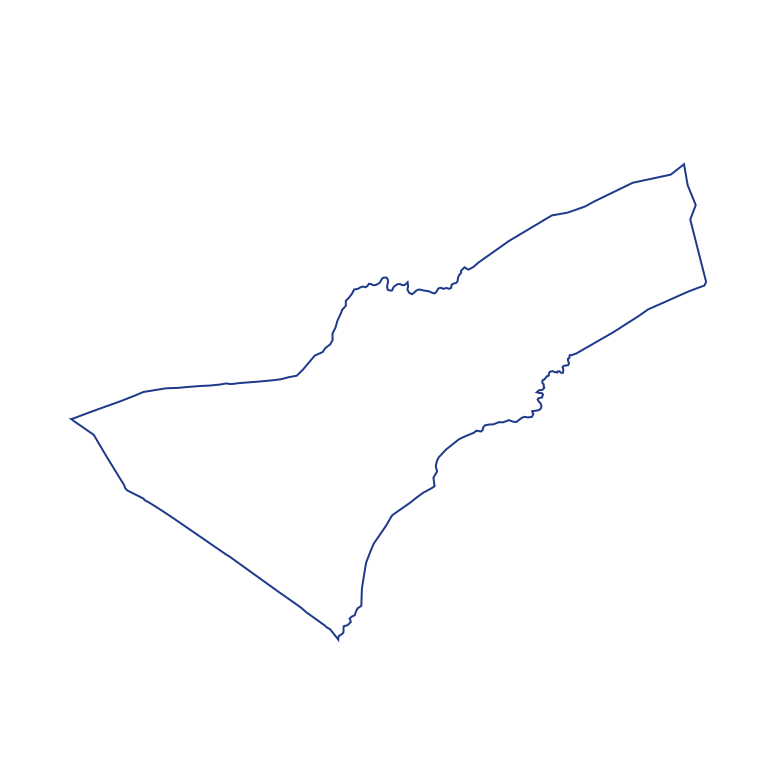 outline of Ad Dinder, Sennar, Sudan, rotated 98°
{"feature_id": "16777658B21408858343438", "entity_name": "Ad Dinder", "entity_type": "district", "adm_level": 2, "iso_a3": "SDN", "parent_name": "Sudan", "parent_adm1": "Sennar", "projection": "robinson", "projection_center": [34.843, 12.697], "detail": "fine", "context": "isolated", "style": "outline", "palette": "blue", "viewbox_px": 768, "rotation_deg": 98, "n_neighbors": 0, "source": "geoboundaries", "source_scale": "gbopen_adm2", "svg_char_len": 5247}
<svg xmlns="http://www.w3.org/2000/svg" viewBox="0 0 768 768"><g transform="rotate(98 384 384)"><path d="M291.6,153.4L283.4,143.8L281.1,141.1L273.4,132.9L255.2,103.7L249.7,94.8L244.8,85.9L241.9,80.4L240.2,79.9L238.1,79.2L192.5,97.9L178.5,103.6L163.4,100.2L144.8,111.0L131.7,115.2L124.6,117.5L136.7,129.1L150.1,165.7L173.8,201.0L180.3,209.7L188.8,226.2L193.7,241.2L196.2,244.4L225.0,280.2L250.4,307.2L255.8,311.9L259.0,316.3L258.1,318.7L257.2,320.5L261.1,323.5L263.2,323.1L266.3,325.0L269.0,325.5L271.7,325.4L273.8,326.5L274.7,328.7L276.1,330.7L277.6,330.9L279.4,330.9L280.7,332.6L280.2,335.4L281.5,338.6L280.8,340.9L281.5,343.0L283.0,344.1L284.7,344.6L286.3,345.6L287.3,346.6L287.0,348.9L286.0,352.3L285.9,354.7L285.9,357.9L285.5,361.6L285.9,363.5L287.2,365.2L289.8,367.3L291.2,368.8L290.0,372.0L287.1,374.0L283.9,373.7L280.0,374.8L282.2,376.4L283.4,378.1L283.5,379.8L282.8,382.1L283.2,384.2L284.1,385.6L286.3,387.8L288.5,388.6L290.2,389.0L290.7,390.3L290.2,393.3L288.8,394.0L286.4,394.5L284.1,394.4L282.4,394.1L279.7,394.9L278.3,396.3L278.6,398.9L279.5,400.3L281.9,401.4L284.5,402.4L286.5,405.1L287.5,407.0L287.5,409.2L286.7,411.0L286.9,412.9L289.3,414.1L290.7,415.7L290.5,418.5L291.0,420.0L293.4,423.1L294.6,426.8L298.9,428.2L299.3,428.4L300.9,429.3L303.7,430.9L307.0,433.4L311.9,432.7L316.2,435.6L316.4,435.8L320.0,436.5L327.6,438.9L334.9,439.9L341.2,442.0L344.6,441.5L347.6,441.0L352.1,442.7L356.7,447.2L360.9,449.2L365.5,456.5L380.9,466.2L387.9,471.5L390.5,479.2L393.7,486.9L395.9,495.1L398.9,507.8L399.5,510.5L403.4,528.2L404.8,533.0L405.4,535.8L405.4,540.3L407.5,546.8L408.7,551.8L409.9,556.8L411.5,565.5L411.8,566.8L414.5,579.0L416.6,587.9L417.5,593.2L418.7,599.6L425.0,619.9L425.3,621.0L429.9,628.7L437.7,642.5L440.4,647.6L448.4,662.9L457.4,679.6L460.1,684.5L461.9,687.9L462.0,688.0L462.1,688.4L462.2,688.8L463.8,686.1L474.7,664.4L495.0,648.2L520.5,627.1L522.8,626.1L525.1,623.5L531.0,606.1L532.2,605.1L533.8,600.8L537.0,593.5L541.7,583.3L544.7,577.0L559.6,547.1L568.6,529.1L575.4,515.5L575.8,514.1L604.5,459.5L616.9,435.2L621.2,428.7L621.7,427.5L629.0,413.6L631.4,409.0L633.0,406.8L634.3,403.3L640.0,397.3L641.6,395.6L643.4,393.8L642.0,394.0L641.9,394.0L641.7,393.9L640.0,393.5L639.9,393.5L639.6,393.4L639.4,393.2L639.1,392.8L638.9,392.6L638.4,391.9L638.0,391.4L637.8,391.1L637.7,391.0L637.6,390.9L637.3,390.6L637.1,390.5L636.4,390.0L636.2,389.9L635.9,389.7L635.6,389.6L634.9,389.7L634.7,389.7L633.6,389.8L632.3,390.0L632.2,390.0L631.7,390.1L631.2,390.1L630.6,390.1L629.9,390.2L629.5,390.2L629.3,389.8L628.1,386.9L626.6,385.5L624.6,384.0L624.5,383.9L624.4,383.8L623.0,384.3L622.4,384.5L621.1,385.4L618.8,383.5L617.0,380.8L612.3,379.9L609.7,378.8L606.9,375.6L589.6,377.4L572.0,377.1L563.1,376.8L548.7,373.4L543.2,371.8L524.2,362.3L512.9,357.7L510.3,354.9L508.6,353.1L508.1,352.6L503.6,347.7L497.9,341.6L491.6,335.6L486.3,330.1L486.0,329.8L484.5,327.7L480.6,322.4L479.5,321.1L478.6,320.1L478.4,319.8L478.2,319.7L477.7,319.8L477.1,320.0L474.7,320.7L474.3,320.8L473.5,321.0L471.9,321.4L470.6,321.8L470.3,321.9L469.9,322.0L469.7,321.9L469.4,321.8L469.3,321.7L468.8,321.5L466.9,320.8L466.5,320.6L466.3,320.5L466.2,320.5L465.1,320.0L464.7,319.8L464.0,319.6L463.4,319.3L463.2,319.3L462.7,319.5L458.2,321.3L457.1,321.2L456.7,321.2L453.0,320.9L449.9,319.9L448.8,319.5L440.2,313.4L428.3,302.1L425.6,298.1L424.2,295.8L422.8,293.4L421.2,290.7L420.0,288.6L419.8,288.2L419.7,288.1L419.5,287.9L419.4,287.8L419.2,287.6L418.8,287.3L418.5,287.1L418.3,286.9L418.0,286.6L417.7,286.4L417.4,286.2L417.5,281.2L415.9,279.9L413.4,279.8L410.9,278.3L410.4,276.9L409.4,273.9L408.8,270.2L405.8,264.9L405.4,260.8L403.3,256.9L402.4,255.3L403.4,250.7L403.2,247.7L400.8,245.3L398.4,243.0L396.9,240.1L397.1,237.0L396.0,233.0L393.0,231.9L391.4,233.1L390.2,233.4L389.6,230.8L388.5,227.5L387.3,225.8L385.7,225.1L383.5,225.1L381.3,226.4L379.3,228.8L377.9,229.7L376.9,229.2L375.8,227.1L375.3,225.5L373.9,225.5L372.5,225.0L371.1,226.2L371.3,229.1L370.9,231.5L370.8,231.4L370.7,231.4L369.0,229.9L368.9,229.8L368.7,229.7L368.6,229.3L368.3,228.3L368.1,227.6L367.7,226.4L367.6,226.2L367.3,226.0L366.1,225.3L365.9,225.2L365.5,225.0L365.5,224.9L365.4,224.9L365.2,224.8L364.9,224.9L364.7,225.1L364.4,225.3L364.2,225.4L364.0,225.5L363.8,225.7L363.7,225.7L363.3,225.7L363.0,225.7L362.9,225.7L362.7,225.7L362.2,225.8L361.9,226.2L361.5,226.6L361.3,226.8L361.1,227.1L360.8,227.3L360.7,227.3L360.3,227.5L360.2,227.5L359.9,227.5L359.6,227.5L359.3,227.5L358.2,227.5L357.7,226.9L357.2,225.9L356.3,225.4L356.0,225.2L355.8,225.1L355.7,225.0L355.0,224.5L354.6,224.3L353.6,223.8L353.3,222.6L353.1,222.5L352.3,221.9L350.8,222.2L348.9,221.5L348.4,220.4L347.9,219.2L347.8,218.9L348.4,216.9L348.5,214.2L348.4,214.2L348.1,214.1L347.7,213.9L347.4,213.8L347.4,213.6L347.0,212.1L348.2,210.4L348.2,209.7L348.1,209.3L348.1,209.1L348.1,208.5L347.9,208.5L347.3,208.4L346.8,208.3L346.7,208.3L346.4,208.3L346.2,208.3L345.3,208.4L345.2,208.4L344.7,208.5L344.3,208.6L344.2,208.6L343.8,208.8L343.4,209.0L343.1,209.1L342.7,209.4L342.6,209.5L342.3,209.5L341.6,209.0L341.1,208.7L340.9,208.0L340.4,206.4L340.1,205.5L339.5,204.1L337.4,203.7L336.0,204.8L334.1,205.2L333.4,205.4L333.3,205.2L332.5,204.1L329.6,204.1L329.3,202.3L327.0,197.8L300.3,163.5L291.6,153.4Z" fill="none" stroke="#1e3a8a" stroke-width="2"/></g></svg>